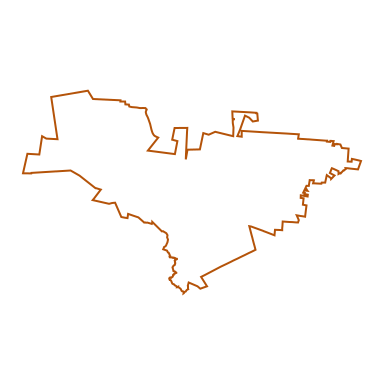 the district of Moctezuma, San Luis Potosí, Mexico
{"feature_id": "50627088B80113509958046", "entity_name": "Moctezuma", "entity_type": "district", "adm_level": 2, "iso_a3": "MEX", "parent_name": "Mexico", "parent_adm1": "San Luis Potosí", "projection": "albers", "projection_center": [-101.102, 22.707], "detail": "fine", "context": "isolated", "style": "outline", "palette": "amber", "viewbox_px": 384, "rotation_deg": 0, "n_neighbors": 0, "source": "geoboundaries", "source_scale": "gbopen_adm2", "svg_char_len": 5418}
<svg xmlns="http://www.w3.org/2000/svg" viewBox="0 0 384 384"><path d="M348.6,148.6L341.9,148.0L340.4,144.5L337.0,143.9L336.9,144.3L334.9,144.0L334.2,145.9L332.4,145.6L333.6,141.1L331.9,141.0L331.4,140.9L330.4,140.9L330.3,141.9L326.9,141.6L327.0,140.7L326.3,140.7L311.5,139.6L309.3,139.4L307.3,139.3L303.0,139.0L300.6,138.9L300.1,138.8L298.8,138.8L298.1,138.7L298.8,134.3L297.0,134.2L293.9,134.0L290.5,133.8L287.6,133.6L260.9,132.1L258.0,131.9L241.7,130.9L241.7,136.7L237.4,136.1L240.2,129.3L245.0,115.6L249.2,117.7L252.8,121.5L257.9,120.6L257.3,113.6L256.2,113.3L256.3,112.8L250.5,112.4L232.3,111.4L232.6,118.5L232.8,118.6L233.2,118.8L233.4,118.8L233.6,118.9L234.0,119.0L234.0,119.4L233.8,119.5L233.5,119.6L233.2,119.7L232.9,119.9L232.7,120.0L232.8,123.1L233.5,127.5L233.2,136.2L215.2,131.8L208.7,134.7L203.3,133.1L199.9,149.4L187.5,149.7L185.8,159.4L186.0,154.1L186.0,153.4L186.1,152.6L186.1,152.1L187.0,132.7L187.0,132.4L187.3,127.9L174.6,128.0L172.2,139.7L177.4,141.1L174.9,154.1L147.9,150.6L158.2,137.6L157.5,137.3L155.4,136.3L154.6,135.8L154.0,135.3L153.3,134.3L152.6,133.1L152.0,131.4L151.4,129.4L150.1,123.9L148.1,118.2L147.5,116.8L146.4,114.7L145.8,112.4L145.9,111.3L146.0,111.1L146.4,110.3L146.7,109.4L146.3,109.1L145.9,108.8L145.6,108.2L145.1,108.0L144.8,108.1L143.3,108.0L140.0,108.1L136.9,107.5L131.8,107.1L129.3,106.5L129.0,105.4L128.9,104.6L125.4,104.4L125.1,101.5L120.4,101.5L120.5,100.3L93.0,99.0L87.9,90.7L58.8,95.7L51.2,97.0L57.5,139.2L46.3,138.6L42.1,136.2L39.3,154.5L27.4,153.8L23.0,173.3L31.3,173.4L31.4,172.9L55.5,171.4L56.1,171.4L70.6,170.5L79.5,175.6L95.5,188.2L95.8,188.1L100.8,189.6L94.8,197.5L94.6,197.8L92.7,200.1L108.6,203.7L109.1,203.8L112.1,203.0L115.1,202.7L121.3,217.0L124.8,217.7L127.5,218.1L128.1,213.9L133.6,215.8L138.4,217.4L143.6,222.0L144.2,222.6L145.1,222.4L145.9,222.7L147.4,222.6L151.8,223.9L152.3,222.0L152.3,221.9L161.9,231.4L163.0,231.2L166.3,233.2L167.2,234.7L167.5,235.2L167.1,237.3L168.0,239.6L167.4,242.5L166.8,243.7L166.2,245.2L165.5,246.3L164.2,246.9L163.2,249.3L167.0,250.6L167.9,252.4L168.1,252.6L168.6,252.7L168.9,253.1L169.1,253.6L169.2,253.8L169.2,254.0L169.3,254.1L169.5,254.4L169.6,254.6L169.8,255.3L169.9,255.8L170.0,256.0L169.9,256.1L170.1,256.2L170.0,256.4L170.1,256.5L169.9,256.7L169.7,256.6L169.7,256.8L169.8,257.2L169.8,257.3L170.0,257.4L170.5,257.3L170.9,257.3L171.1,257.4L171.6,257.4L171.9,257.4L172.0,257.5L172.7,257.8L173.0,257.9L173.2,257.6L173.4,257.7L173.6,257.7L173.6,257.8L173.9,257.9L174.1,257.9L174.3,258.0L174.8,258.0L175.2,258.1L175.3,258.1L175.6,258.3L175.6,258.5L176.5,258.9L176.9,258.9L176.9,259.2L176.1,259.5L175.8,259.8L175.6,259.8L175.6,259.7L175.4,259.8L175.2,260.0L175.0,259.9L174.9,260.2L174.9,260.4L174.8,260.5L174.7,260.6L174.8,260.9L174.9,261.0L174.9,261.4L175.0,261.6L175.1,261.9L175.1,262.0L175.0,262.3L175.1,262.5L175.1,262.9L175.2,263.0L175.2,263.3L175.2,263.7L175.0,263.9L174.9,264.5L174.8,264.9L174.7,265.0L174.4,265.0L174.1,265.2L173.8,265.6L173.4,265.8L173.1,266.6L172.9,266.8L172.6,267.1L172.6,267.3L172.5,267.5L172.9,268.7L173.1,269.5L173.2,269.9L173.3,270.1L173.4,271.0L174.1,271.2L174.9,271.5L175.5,272.0L175.9,272.4L176.3,272.6L176.3,272.9L175.6,273.1L175.0,273.5L174.9,273.6L174.7,273.5L174.3,273.6L174.2,273.9L173.6,274.4L173.7,274.7L173.3,274.8L173.1,274.9L172.8,276.5L172.5,276.8L172.3,276.9L172.3,277.0L171.3,277.7L171.2,277.5L170.3,277.4L170.2,277.4L169.5,277.9L169.5,278.3L169.3,278.5L169.2,278.8L169.7,279.4L169.8,280.0L170.6,280.1L171.1,280.8L171.3,281.1L171.7,282.2L172.3,283.6L172.7,283.9L173.8,284.2L174.2,284.6L174.6,285.2L174.9,285.3L175.1,285.5L175.3,285.5L176.7,286.4L177.2,286.8L177.0,287.0L176.9,287.3L177.0,287.3L177.8,287.2L178.2,286.9L178.2,287.0L180.5,288.7L180.7,289.0L181.1,289.7L181.2,290.0L181.5,290.7L182.0,291.2L182.8,291.3L183.1,291.4L183.2,291.6L183.5,292.1L183.6,292.7L183.7,292.8L183.6,293.3L183.9,293.1L184.6,291.9L185.7,291.5L186.5,290.3L186.9,289.9L188.2,289.2L188.0,288.8L188.0,286.1L187.8,285.8L188.7,282.5L197.5,286.3L200.3,288.7L207.0,286.3L201.1,276.9L205.1,274.9L220.7,266.7L226.8,263.8L231.3,261.6L233.2,260.6L234.9,259.8L237.5,258.6L240.1,257.3L243.0,255.9L244.9,255.0L248.9,253.0L251.5,251.8L255.5,249.8L254.6,246.3L253.7,243.1L253.1,240.8L252.3,237.6L251.6,235.1L249.3,226.2L251.1,226.5L262.7,230.7L263.7,231.1L264.0,231.3L265.2,231.7L274.5,235.3L275.0,229.8L279.8,230.0L282.2,230.2L282.2,228.2L282.4,226.3L282.7,221.5L286.5,221.8L289.6,222.0L292.4,222.1L295.9,222.4L298.0,222.5L298.8,220.1L296.7,215.3L300.6,216.0L302.9,216.3L305.1,216.7L305.9,210.0L306.5,205.4L302.9,204.7L303.6,198.3L300.7,197.9L300.8,195.3L304.2,195.9L307.6,196.5L307.8,194.7L306.8,194.5L304.5,194.0L304.8,193.0L303.2,192.7L303.7,191.7L304.3,190.4L307.5,190.8L307.2,190.4L306.9,189.9L306.5,189.3L306.4,189.0L305.1,188.8L305.6,187.7L305.8,187.3L306.5,185.8L308.8,185.9L309.7,180.1L310.8,180.2L313.2,180.2L313.9,180.3L313.1,183.3L313.4,183.3L317.3,183.5L321.1,183.7L321.4,183.7L321.7,182.6L325.2,182.6L325.5,181.0L326.2,177.9L326.5,176.3L326.8,175.1L331.0,178.2L331.1,179.0L334.5,175.5L329.9,173.0L330.5,171.6L331.1,170.0L331.5,169.0L331.9,168.2L333.8,169.0L336.0,170.0L336.8,170.4L338.5,171.2L338.5,172.6L338.6,173.7L338.5,173.9L338.5,174.0L340.5,172.9L340.8,173.3L343.4,170.4L343.8,170.6L344.5,170.0L345.8,169.0L345.5,168.1L347.3,168.2L350.5,168.6L358.0,169.4L361.0,161.0L358.3,160.3L353.9,159.3L351.9,158.9L351.6,161.7L347.7,161.5L348.6,148.6Z" fill="none" stroke="#b45309" stroke-width="2"/></svg>